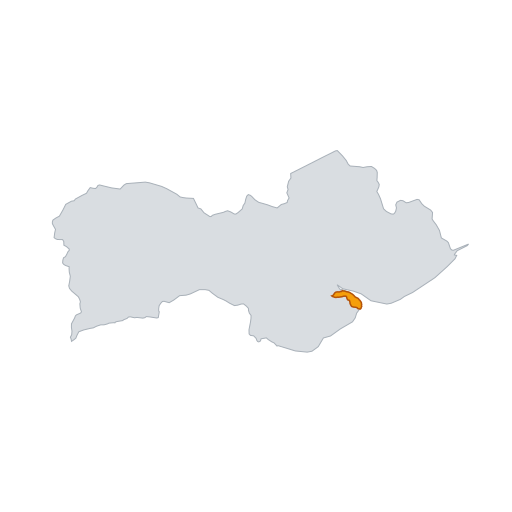 location of III-2 Bonasika/Boerasirie, Essequibo Islands-West Demerara, Guyana, rotated 101°
{"feature_id": "73187651B69188247216871", "entity_name": "III-2 Bonasika/Boerasirie", "entity_type": "district", "adm_level": 2, "iso_a3": "GUY", "parent_name": "Guyana", "parent_adm1": "Essequibo Islands-West Demerara", "projection": "natural_earth1", "projection_center": [-58.423, 6.616], "detail": "fine", "context": "in_parent", "style": "filled", "palette": "amber", "viewbox_px": 512, "rotation_deg": 101, "n_neighbors": 0, "source": "geoboundaries", "source_scale": "gbopen_adm2", "svg_char_len": 5131}
<svg xmlns="http://www.w3.org/2000/svg" viewBox="0 0 512 512"><g transform="rotate(101 256 256)"><path d="M168.4,237.7L158.2,224.5L147.8,211.2L137.7,198.1L137.0,196.3L141.3,190.1L145.1,185.6L148.2,183.1L149.7,180.8L148.6,171.2L148.7,167.8L147.2,164.0L146.1,159.8L147.4,156.3L149.0,153.9L150.9,152.9L155.7,152.1L159.0,151.7L160.2,150.3L162.2,148.7L164.7,148.6L169.7,149.7L172.0,147.6L176.1,144.7L185.3,139.8L187.4,136.5L188.9,131.5L188.7,129.2L187.8,128.3L185.5,127.4L182.0,127.3L179.1,128.6L176.2,127.9L173.8,124.8L173.7,122.3L175.1,118.7L174.3,116.3L169.7,108.7L169.7,106.6L173.1,103.2L175.0,100.3L177.6,93.3L179.6,91.0L186.1,90.2L187.7,88.7L191.0,85.0L195.9,80.8L202.9,77.5L205.0,71.4L206.2,69.7L211.8,66.5L212.8,64.8L212.7,63.3L203.7,49.6L205.5,50.6L212.4,59.5L216.3,61.4L217.1,61.5L217.1,59.1L220.7,60.1L229.8,66.2L243.2,76.3L262.0,95.4L267.4,102.6L271.0,106.0L276.6,114.3L278.2,118.4L278.0,134.6L273.1,145.5L271.9,153.7L271.6,164.6L268.7,170.9L272.5,167.5L273.7,157.6L277.0,151.6L281.2,145.1L286.9,143.5L292.9,146.3L297.8,146.8L302.2,148.7L311.4,159.2L320.3,167.6L323.6,174.2L333.1,177.6L338.8,182.9L340.6,187.4L341.7,199.3L339.8,217.3L340.4,218.2L337.8,221.8L337.3,224.0L335.7,228.0L334.4,230.2L336.3,235.2L338.4,235.4L339.2,236.0L339.8,237.0L339.6,238.1L338.8,239.0L336.8,240.2L334.8,243.1L335.0,246.3L333.8,247.9L329.8,248.8L322.1,248.8L318.4,249.0L315.3,249.5L313.4,251.6L310.8,253.0L308.9,253.4L307.1,255.8L305.4,259.1L306.0,261.4L307.7,264.5L308.8,267.7L307.4,272.8L305.9,276.7L305.0,279.8L303.8,285.6L300.8,291.9L298.7,295.6L298.7,299.5L299.8,305.1L305.8,313.3L307.8,317.2L309.5,323.4L314.9,328.3L318.4,332.3L318.0,337.6L318.5,339.2L320.6,340.5L323.2,341.6L326.1,341.5L328.6,341.0L329.2,340.3L335.1,340.2L335.8,341.5L336.1,349.1L336.4,352.1L337.8,353.4L338.6,355.3L338.7,357.0L339.0,361.2L339.8,363.4L339.7,367.9L340.3,369.6L341.9,370.7L344.0,374.0L344.8,374.4L345.2,375.5L346.9,380.1L347.8,381.5L348.5,381.7L348.7,383.3L350.0,387.6L350.9,388.7L352.5,391.9L353.2,395.3L355.4,399.2L357.6,402.0L358.6,404.8L361.5,411.1L364.2,415.5L368.0,416.6L371.1,417.2L373.1,418.9L375.0,420.8L372.9,421.6L371.1,422.7L368.5,421.9L364.9,422.3L361.2,423.6L357.8,424.2L351.4,422.2L349.4,421.9L348.1,421.1L345.4,417.2L344.1,416.7L340.7,418.6L336.5,419.8L334.5,419.6L332.1,420.9L329.9,422.6L325.6,430.2L323.4,432.9L321.0,434.1L316.3,434.1L311.3,434.4L307.5,436.2L304.0,437.1L302.2,437.3L301.6,441.4L300.8,443.3L299.7,444.5L296.9,444.8L294.5,444.6L293.0,442.9L290.2,442.0L287.7,441.4L286.1,440.4L284.8,440.7L283.8,442.4L282.9,443.9L282.1,446.6L278.4,447.5L276.8,449.0L277.7,454.1L277.3,456.1L276.5,457.7L272.0,458.0L268.1,457.9L265.9,459.8L263.2,462.0L261.5,462.4L259.5,462.2L256.9,459.7L254.4,456.6L248.0,454.4L241.6,452.6L237.4,447.6L236.5,445.1L234.5,444.1L229.6,438.2L226.8,434.4L223.9,433.4L220.5,431.8L220.6,429.0L220.4,426.4L218.9,425.3L216.9,424.6L216.1,423.1L216.3,419.6L216.7,410.7L216.2,402.1L211.6,399.2L209.7,397.1L206.2,384.5L204.6,378.8L204.5,374.5L205.7,361.9L207.0,356.4L210.5,345.5L212.5,341.8L212.6,339.0L212.4,335.4L211.4,328.4L217.4,323.9L219.9,322.1L220.3,319.1L223.5,315.3L224.9,311.8L226.1,308.9L225.8,307.5L224.4,306.6L222.8,303.9L219.3,296.2L218.1,294.6L217.0,292.5L217.6,289.1L218.9,285.4L218.7,283.8L216.7,281.8L212.4,278.5L208.9,278.2L206.2,277.0L202.2,276.9L199.0,276.5L197.2,275.3L197.5,273.2L198.3,271.6L201.0,267.8L202.8,263.6L203.1,259.6L203.6,254.2L204.4,249.6L204.8,244.4L200.6,241.0L199.2,238.1L197.5,235.6L195.6,235.6L192.7,234.6L188.1,237.8L184.6,237.2L182.1,238.5L176.4,238.2L172.8,236.6L168.4,237.7Z" fill="#d9dde1" stroke="#a8b0b8" stroke-width="1"/><path d="M280.7,174.0L281.0,173.5L281.2,173.0L281.3,172.3L281.3,171.7L281.5,171.2L281.5,170.5L281.5,170.0L281.3,169.4L281.2,168.9L281.0,168.5L280.8,168.0L280.8,167.4L280.6,166.8L280.5,166.4L280.3,165.9L280.2,165.5L279.9,164.9L279.8,164.4L279.6,163.9L279.3,163.3L279.0,162.8L278.7,162.2L278.6,161.8L278.5,161.3L278.4,160.8L278.3,160.2L278.4,159.8L278.8,159.4L279.1,159.1L279.6,159.0L280.1,158.7L280.5,158.5L280.9,158.1L281.3,157.9L281.6,157.4L281.7,156.9L281.6,156.4L281.8,155.9L282.1,155.6L282.7,155.4L283.2,155.1L283.6,154.9L284.0,154.8L284.5,154.7L285.0,154.4L285.3,154.2L285.8,153.8L286.1,153.6L286.5,153.2L286.9,152.9L287.2,152.5L287.4,152.0L287.4,151.4L287.5,150.8L287.5,150.1L287.4,149.5L287.4,148.8L287.3,148.3L287.3,147.8L287.5,147.2L287.5,146.7L287.9,146.4L288.2,146.0L288.3,145.5L288.2,144.9L288.2,144.3L288.2,143.8L288.1,143.5L288.1,143.4L287.2,142.9L286.4,142.9L285.2,142.6L284.9,142.8L284.5,143.0L284.0,143.1L283.3,143.0L282.6,143.4L281.8,143.6L281.3,143.9L279.6,145.7L279.2,146.5L278.8,146.8L278.4,147.3L278.0,148.0L277.8,148.8L277.3,150.8L276.0,152.5L275.3,153.7L274.8,154.7L274.5,155.8L274.0,156.9L273.7,158.8L273.8,159.7L273.7,160.9L273.6,161.5L273.5,162.9L273.7,163.8L273.6,164.3L273.5,164.7L273.9,164.9L274.3,165.2L274.6,165.5L274.6,166.0L274.8,166.5L275.2,166.9L275.4,167.4L275.5,168.1L275.6,168.8L275.7,169.4L275.9,169.9L276.1,170.4L276.3,170.8L276.7,171.2L277.2,171.6L277.8,171.9L278.2,172.1L278.7,172.2L279.1,172.4L279.5,172.6L279.9,172.9L280.3,173.2L280.7,174.0Z" fill="#f59e0b" stroke="#b45309" stroke-width="1.5"/></g></svg>